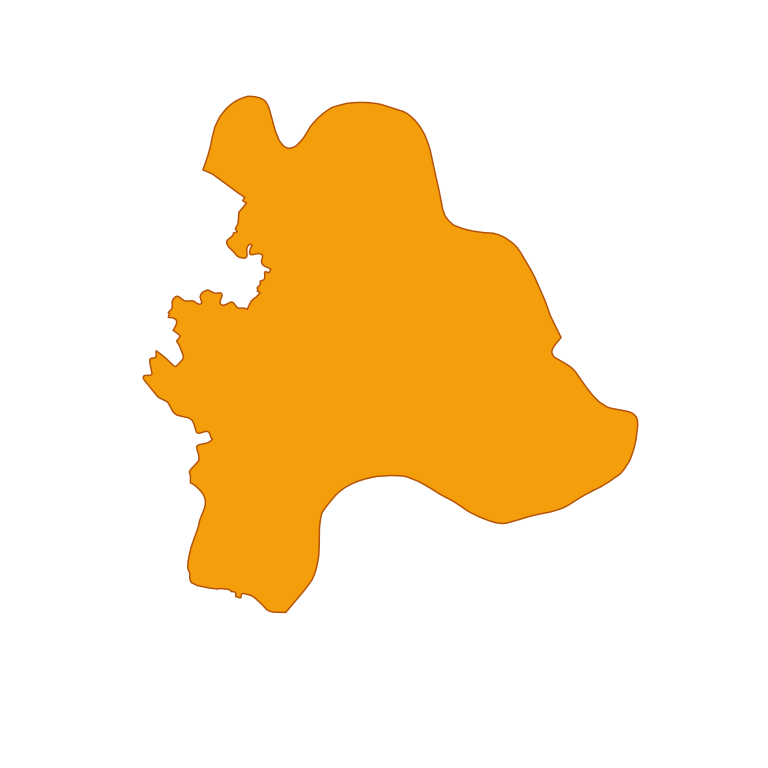 outline of Nam Sach, Hải Dương, Vietnam, rotated 113°
{"feature_id": "81297802B53771614429572", "entity_name": "Nam Sach", "entity_type": "district", "adm_level": 2, "iso_a3": "VNM", "parent_name": "Vietnam", "parent_adm1": "Hải Dương", "projection": "mercator", "projection_center": [106.346, 21.022], "detail": "fine", "context": "isolated", "style": "filled", "palette": "amber", "viewbox_px": 768, "rotation_deg": 113, "n_neighbors": 0, "source": "geoboundaries", "source_scale": "gbopen_adm2", "svg_char_len": 6171}
<svg xmlns="http://www.w3.org/2000/svg" viewBox="0 0 768 768"><g transform="rotate(113 384 384)"><path d="M172.4,621.8L175.3,625.2L178.9,628.9L182.7,631.9L187.1,634.4L191.6,636.6L201.7,639.5L207.7,639.9L213.6,640.1L224.7,638.4L232.5,636.7L242.2,635.4L252.6,634.6L257.6,634.4L257.8,623.7L264.6,595.1L266.7,585.2L270.5,585.6L271.3,581.3L282.5,584.7L292.1,581.4L293.7,581.0L299.2,581.6L300.9,578.8L301.3,578.8L302.0,579.4L304.0,581.6L304.9,581.2L305.5,581.1L306.6,581.3L311.7,583.9L313.1,584.4L314.6,584.4L316.1,583.5L317.5,582.2L318.7,580.2L320.9,574.5L323.0,570.6L323.7,568.4L323.9,567.1L323.3,563.3L322.8,562.0L322.2,561.0L321.4,560.4L320.8,560.2L319.7,560.2L318.7,560.5L314.8,562.5L313.0,563.1L311.9,563.3L310.2,563.2L308.5,562.7L308.0,562.3L307.6,561.7L307.7,560.5L307.8,559.9L308.1,559.6L311.6,559.9L314.7,559.4L316.4,558.6L316.9,557.7L316.9,557.0L316.7,556.2L313.2,550.9L312.7,549.7L312.6,547.1L312.9,546.4L313.6,545.7L315.2,545.3L317.8,545.1L319.2,544.6L320.6,543.6L321.6,542.5L322.3,539.5L322.2,536.0L322.5,533.1L325.3,533.1L326.1,533.3L326.6,533.7L326.8,536.7L327.1,537.2L327.5,537.4L328.2,537.4L330.9,536.1L332.6,535.4L333.8,535.2L334.7,535.3L335.5,535.7L337.5,538.0L337.9,538.1L338.8,537.8L339.6,537.1L340.7,537.0L341.3,537.0L342.6,537.4L344.4,538.2L345.3,538.2L346.7,536.7L347.9,537.0L348.4,533.8L350.9,534.4L353.9,535.7L356.8,537.4L359.8,538.6L362.1,538.8L368.7,539.1L368.6,541.6L369.4,543.9L370.8,546.7L370.9,548.9L370.8,549.5L369.1,552.4L368.3,553.9L368.1,554.8L368.0,555.9L368.3,556.7L369.0,557.6L372.8,560.7L374.1,562.0L374.4,562.9L374.5,564.7L374.2,565.6L373.8,566.3L372.8,566.8L370.0,567.4L367.6,567.4L365.5,567.6L364.5,568.6L364.0,569.5L364.0,570.3L364.3,571.1L365.3,572.6L366.2,574.2L366.5,575.5L366.6,576.4L366.2,581.8L366.5,583.1L367.0,583.9L369.5,586.2L371.2,587.1L372.3,587.5L374.0,587.5L375.2,587.4L376.1,587.0L379.7,583.9L380.4,583.5L381.2,583.6L381.8,583.9L382.6,584.7L382.8,585.5L382.9,586.4L382.7,588.3L382.2,590.4L382.2,592.0L382.3,593.1L384.7,597.8L385.2,599.1L385.3,600.3L385.1,601.8L384.5,603.9L383.9,606.7L383.8,607.9L384.2,608.8L384.6,609.5L385.7,610.3L387.2,610.9L389.7,611.3L391.0,611.2L393.7,610.0L395.7,609.0L397.0,608.8L398.0,608.8L398.8,609.0L401.2,610.1L402.8,610.3L403.1,608.9L406.1,608.8L406.6,608.7L406.8,608.2L406.6,607.1L405.8,605.3L405.6,604.1L405.8,601.2L406.4,600.2L407.5,599.2L408.8,598.8L410.2,598.5L413.1,598.6L417.0,599.0L417.8,595.4L418.8,591.7L419.4,590.7L419.9,590.5L421.0,590.5L425.6,591.7L427.4,589.0L429.7,586.2L434.8,581.3L437.6,579.2L438.3,578.9L439.4,578.9L441.7,579.5L447.8,581.8L449.1,582.5L449.4,582.9L449.6,583.4L449.6,584.0L448.8,586.3L445.6,594.7L443.4,602.4L442.5,606.5L443.7,606.3L446.7,604.8L447.5,604.5L448.0,604.5L448.9,604.8L451.8,608.8L452.5,609.0L453.3,609.0L455.2,608.3L457.4,606.9L464.6,601.9L465.3,601.6L465.9,601.6L466.6,601.9L467.3,602.8L468.2,604.4L468.8,606.1L469.6,607.4L470.2,608.1L470.9,608.3L471.6,608.3L472.4,608.0L473.3,607.3L474.5,605.5L483.8,587.9L484.4,586.2L484.6,584.1L485.0,577.8L485.2,576.5L486.1,574.9L487.6,572.9L489.6,570.5L492.0,567.4L492.7,565.7L493.3,564.0L493.5,561.8L491.7,551.5L491.7,549.4L492.0,547.6L492.5,546.3L495.0,543.4L501.0,538.4L501.8,537.5L501.8,535.9L501.6,535.0L501.0,534.1L499.3,532.1L497.5,529.8L496.9,528.7L496.7,527.8L496.9,526.4L497.6,525.3L498.5,524.3L500.9,522.4L501.8,520.5L502.3,520.5L504.1,521.3L505.8,522.3L507.0,523.2L512.5,530.8L513.2,531.5L513.8,531.8L515.4,531.8L517.5,530.4L519.5,528.7L522.0,526.7L524.7,525.3L527.1,524.6L533.6,526.8L536.7,528.1L539.6,528.8L541.1,528.8L543.4,526.9L544.4,526.2L550.6,523.6L550.7,521.6L551.5,517.4L553.4,512.4L555.9,507.7L557.6,505.8L559.9,503.7L561.6,502.7L564.4,501.5L568.6,500.7L578.9,500.5L582.2,500.3L586.2,499.4L589.5,499.0L605.4,498.1L610.0,497.7L618.0,496.3L623.2,495.2L627.2,493.9L630.2,492.6L631.8,491.4L632.9,490.0L633.7,489.1L638.9,486.8L641.2,484.9L642.1,483.7L642.4,477.1L642.3,476.2L640.9,469.4L640.5,466.9L637.9,457.4L636.0,454.4L634.0,447.4L633.8,445.9L633.9,444.8L634.7,443.8L634.7,443.2L634.1,441.9L633.8,440.6L634.0,439.4L634.9,438.2L635.4,438.0L637.2,437.8L637.5,437.3L637.2,432.8L636.9,432.5L636.5,432.4L634.1,432.9L633.0,433.0L632.4,432.8L631.7,431.4L630.9,426.4L630.7,423.8L630.8,421.8L631.6,418.6L634.5,410.4L637.2,404.6L637.8,402.1L637.6,398.6L637.0,396.2L632.7,385.2L606.1,377.0L597.9,374.9L592.6,373.8L587.1,373.6L581.3,374.1L574.0,375.4L566.9,377.2L558.6,380.3L541.4,387.3L534.9,389.2L530.0,390.4L526.5,390.7L523.0,390.1L515.8,388.3L505.7,385.2L501.1,383.2L495.3,380.0L491.3,377.0L487.6,373.8L483.2,369.4L479.1,364.6L473.8,357.4L471.4,353.6L465.7,342.3L462.6,334.4L461.3,330.6L460.5,326.0L460.2,314.9L460.5,311.1L461.7,300.9L463.4,290.6L464.2,283.2L464.5,277.7L465.2,272.4L468.2,257.1L468.6,253.3L469.1,245.1L469.0,239.3L468.7,232.9L468.1,227.5L466.8,222.3L465.5,219.0L464.0,216.6L457.1,208.0L447.6,196.5L443.1,190.2L436.6,180.6L430.7,173.5L427.7,170.4L424.8,168.0L420.3,164.7L414.2,160.6L408.4,156.4L398.6,148.4L394.1,144.4L385.7,138.4L379.5,134.6L377.1,132.9L373.0,130.9L368.7,129.7L362.0,128.4L357.8,127.9L351.3,128.2L345.7,128.7L337.1,130.2L323.2,134.2L318.2,136.6L315.7,139.1L314.6,141.2L313.8,144.5L313.8,147.0L314.2,149.8L317.7,166.0L318.0,169.9L316.4,178.9L313.2,186.9L308.3,196.0L298.1,212.3L296.2,216.4L295.1,220.2L294.2,226.2L292.9,236.5L292.7,237.9L292.0,239.1L290.2,241.2L289.1,242.0L287.9,242.4L285.7,242.5L284.0,242.5L281.0,241.8L272.0,239.2L256.4,257.3L244.8,267.9L227.3,286.5L221.5,293.5L209.7,309.5L206.6,314.4L205.0,318.1L203.8,321.5L203.1,324.4L201.9,330.6L201.8,336.4L202.6,342.5L205.7,351.4L208.5,361.7L210.2,371.8L210.6,381.0L210.3,382.8L208.5,388.1L205.5,393.4L200.5,398.0L181.6,410.9L173.5,416.8L150.1,433.3L144.6,438.1L141.0,441.6L137.8,445.0L132.9,451.7L129.2,458.4L127.3,463.5L126.1,467.8L125.6,472.5L127.8,496.1L128.8,500.4L131.2,508.7L134.3,516.4L136.7,521.4L139.9,527.4L143.6,532.4L149.7,539.9L153.1,542.3L158.6,545.7L163.6,548.1L168.5,550.1L175.4,552.3L187.8,554.0L193.0,555.5L198.6,557.7L200.7,559.1L203.0,561.6L204.4,564.0L204.5,566.1L204.4,568.6L203.4,571.0L200.8,575.7L193.9,582.6L174.5,598.0L172.3,600.5L170.2,603.4L169.5,605.7L169.2,609.6L169.8,614.3L171.1,618.6L172.4,621.8Z" fill="#f59e0b" stroke="#b45309" stroke-width="1.5"/></g></svg>